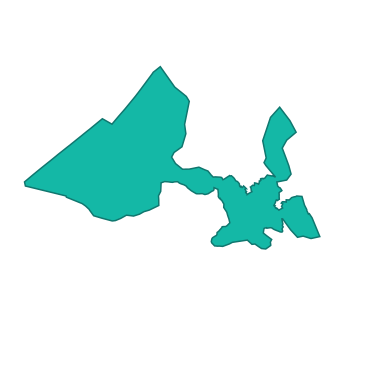 Ijebu Ode, Ogun, Nigeria, rotated 139°
{"feature_id": "59680162B95372959647234", "entity_name": "Ijebu Ode", "entity_type": "district", "adm_level": 2, "iso_a3": "NGA", "parent_name": "Nigeria", "parent_adm1": "Ogun", "projection": "natural_earth1", "projection_center": [3.928, 6.783], "detail": "fine", "context": "isolated", "style": "filled", "palette": "teal", "viewbox_px": 384, "rotation_deg": 139, "n_neighbors": 0, "source": "geoboundaries", "source_scale": "gbopen_adm2", "svg_char_len": 5808}
<svg xmlns="http://www.w3.org/2000/svg" viewBox="0 0 384 384"><g transform="rotate(139 192 192)"><path d="M206.9,133.3L204.5,130.8L197.9,128.3L194.5,127.5L181.8,119.4L181.1,113.2L178.6,111.4L177.7,107.6L176.6,103.7L173.7,100.6L167.7,100.0L167.0,100.8L165.8,102.7L164.3,103.4L163.0,103.9L164.3,109.8L165.1,114.1L164.5,114.8L163.2,115.9L161.6,117.2L161.2,117.2L159.2,116.2L159.3,115.6L157.1,114.2L155.9,113.3L155.4,112.6L154.9,110.7L154.6,109.8L153.5,107.6L152.2,105.2L151.7,104.1L150.9,103.2L150.5,102.9L150.2,102.7L149.8,102.7L149.5,102.8L149.0,103.3L148.6,104.2L148.4,105.0L147.5,105.4L146.7,105.7L146.1,105.8L145.9,107.3L145.0,108.0L144.4,108.2L143.1,110.7L141.8,112.7L141.5,112.4L141.2,112.3L142.4,98.7L142.1,88.6L137.1,85.8L132.7,78.8L124.8,74.5L118.3,93.8L117.7,98.7L118.6,99.0L118.1,100.6L117.6,102.5L116.9,103.5L115.7,108.3L111.9,116.5L115.6,120.3L116.7,120.5L118.4,121.5L120.5,122.4L121.0,122.4L121.7,122.3L122.1,122.3L122.6,122.3L123.1,122.2L123.6,122.2L124.0,122.4L124.3,122.7L124.7,123.0L125.2,123.5L126.0,124.3L126.5,123.8L127.4,122.6L128.2,123.5L128.8,124.1L129.6,124.9L130.0,125.2L130.4,125.3L130.7,125.3L131.0,125.3L131.4,125.1L131.7,125.0L131.9,125.0L131.3,123.5L132.4,122.9L133.0,122.7L133.9,122.3L134.1,120.5L136.0,120.9L137.5,121.2L138.3,121.3L138.4,121.8L138.5,122.7L138.5,123.5L138.6,124.2L139.2,124.2L139.4,125.1L139.1,125.2L139.1,126.0L139.1,127.6L138.4,127.4L138.7,128.2L138.3,128.4L137.8,128.6L137.4,128.8L136.8,129.0L136.6,129.1L136.2,129.2L135.9,129.4L135.5,129.7L135.2,129.9L134.6,130.2L134.2,130.4L133.6,130.7L133.4,130.5L133.2,129.9L133.1,129.5L132.8,129.5L132.4,129.5L132.2,129.4L131.6,129.4L131.3,129.4L130.9,129.2L130.2,130.1L129.4,131.2L128.2,132.5L127.3,133.6L126.9,134.3L125.7,134.4L124.7,134.2L124.3,134.1L123.2,134.1L122.9,136.2L122.8,137.4L123.3,138.3L123.4,139.5L123.5,140.1L121.4,143.9L112.7,138.9L105.5,140.5L101.7,148.3L98.7,156.2L95.1,165.9L86.5,169.0L74.2,168.8L71.3,181.6L70.2,198.5L83.8,196.8L105.0,184.3L113.7,169.0L118.4,166.9L118.9,163.3L119.2,148.4L120.7,151.5L121.4,151.8L121.7,152.4L123.2,154.2L124.0,155.4L124.8,155.3L125.7,155.1L126.4,155.0L127.1,154.9L127.7,154.7L128.3,154.8L128.9,155.0L129.5,155.2L129.4,155.5L129.5,155.8L129.9,155.9L130.0,156.0L130.5,156.2L130.6,156.3L130.6,156.5L130.9,156.7L131.0,156.8L131.3,156.8L131.5,156.9L131.6,156.7L131.8,156.4L132.2,156.3L132.2,156.1L132.3,155.7L132.6,155.7L133.0,155.8L133.3,155.8L133.7,155.6L133.9,155.8L134.0,156.0L134.2,155.8L135.7,154.6L136.1,154.4L136.7,154.3L136.8,154.7L136.9,155.2L137.6,156.2L138.0,156.8L138.3,157.2L138.8,157.8L139.5,157.1L140.0,156.6L140.5,156.2L140.8,156.1L140.9,156.3L141.0,156.3L141.3,156.8L141.6,157.0L141.8,157.3L142.1,157.3L142.6,157.3L142.9,157.3L143.1,157.3L143.4,157.3L143.6,157.3L143.8,157.3L144.0,157.3L144.4,157.3L144.7,157.4L144.9,156.5L145.1,156.0L145.3,155.5L145.9,154.9L146.2,154.5L146.3,153.8L146.6,152.9L147.3,153.1L148.0,153.2L148.4,153.3L149.0,153.4L149.6,153.6L150.1,153.6L150.8,153.8L151.3,153.8L151.5,153.9L151.8,153.9L151.7,154.0L151.8,154.3L151.8,154.6L151.8,155.0L151.8,155.5L151.8,155.8L151.8,156.2L151.8,156.5L151.7,156.6L150.9,156.4L150.6,156.4L150.6,156.5L150.7,156.8L150.7,157.1L150.6,157.4L150.6,157.6L150.5,157.9L150.4,158.3L150.3,158.6L150.2,158.9L150.2,159.3L149.5,159.1L149.1,159.0L148.9,159.0L148.8,158.9L148.8,159.5L148.9,160.2L148.9,160.7L149.0,161.7L149.1,162.2L149.1,162.7L150.4,162.5L151.2,162.4L151.3,162.5L151.3,163.0L151.3,163.4L151.2,163.9L151.2,164.0L151.5,163.9L151.8,163.9L152.1,163.9L152.2,164.5L151.9,164.5L151.8,164.9L151.8,165.3L151.7,165.6L151.7,165.9L151.6,166.2L151.4,166.4L151.3,166.5L151.1,166.8L150.9,167.1L150.9,167.5L150.8,167.9L150.8,168.4L150.8,169.4L150.9,170.3L151.4,171.0L151.6,172.1L151.4,173.2L151.2,174.4L151.2,175.3L151.3,176.4L151.5,177.6L151.6,178.4L152.0,178.7L152.6,179.0L152.8,179.3L152.8,179.7L154.8,180.0L156.9,180.3L158.5,180.5L159.9,180.8L160.6,181.0L160.3,182.2L160.1,183.5L161.0,184.7L164.6,188.2L166.2,189.3L166.4,192.2L166.2,197.4L167.9,200.6L170.5,206.2L179.1,211.1L184.2,215.4L185.8,224.3L184.5,231.7L179.6,233.6L169.9,232.7L158.4,240.0L153.2,247.9L134.6,262.2L133.6,267.9L136.2,282.5L133.7,307.4L142.7,307.8L144.5,307.3L163.1,303.2L171.8,301.4L188.3,298.6L197.1,297.4L207.9,295.7L210.9,304.2L211.6,306.1L218.3,306.3L222.7,306.4L229.1,306.6L231.0,306.7L250.3,307.4L267.9,308.2L275.3,308.4L290.5,309.0L300.3,309.3L311.8,309.5L313.8,305.8L289.7,271.7L290.2,270.5L282.5,255.3L281.5,251.2L281.0,246.2L281.2,245.6L281.8,238.6L277.1,231.2L271.2,222.5L268.6,220.7L263.3,218.9L256.7,217.5L254.3,214.9L251.9,212.2L246.1,209.7L241.2,208.7L236.2,206.4L225.9,203.6L222.0,208.2L219.8,211.1L215.2,213.0L209.3,219.2L205.8,217.8L204.6,216.6L203.3,215.3L202.1,213.9L200.4,212.1L198.5,211.1L196.1,209.2L195.7,207.0L194.9,205.3L193.3,202.6L192.5,200.3L192.6,198.1L191.7,193.3L189.9,187.9L188.2,186.3L185.3,184.0L183.9,181.6L181.0,180.1L178.7,179.8L177.3,179.6L176.3,179.5L175.7,179.2L175.1,179.1L174.5,179.1L173.9,179.4L172.5,180.8L172.4,180.6L172.2,180.2L172.0,179.7L171.8,179.2L171.5,178.6L170.7,177.0L171.3,176.2L171.7,175.5L172.1,175.0L172.7,174.2L173.2,173.4L173.8,172.8L174.5,172.0L175.0,171.5L175.2,171.1L175.3,170.7L175.4,170.4L175.4,169.9L175.5,169.3L175.5,168.8L174.9,168.7L175.0,168.3L175.0,168.1L175.1,167.8L175.2,167.7L175.3,167.2L175.2,166.8L175.0,166.4L175.9,161.9L178.2,159.5L179.0,153.9L180.5,150.8L181.9,147.3L183.7,143.9L187.8,143.6L189.3,143.9L190.0,144.5L190.7,145.1L191.3,145.5L192.0,146.0L192.4,145.8L192.7,145.6L193.1,145.5L193.8,145.4L194.5,145.3L195.1,145.2L195.4,145.2L196.2,145.1L196.8,145.0L197.2,144.9L197.7,144.9L198.1,144.9L198.8,144.9L199.3,145.0L199.6,145.0L200.3,144.3L201.0,143.6L201.7,143.3L202.7,143.3L203.8,143.6L206.5,144.0L207.8,143.6L210.0,141.9L210.5,140.6L210.3,136.5L209.3,135.5L208.3,134.4L206.9,133.3Z" fill="#14b8a6" stroke="#0f766e" stroke-width="1.5"/></g></svg>